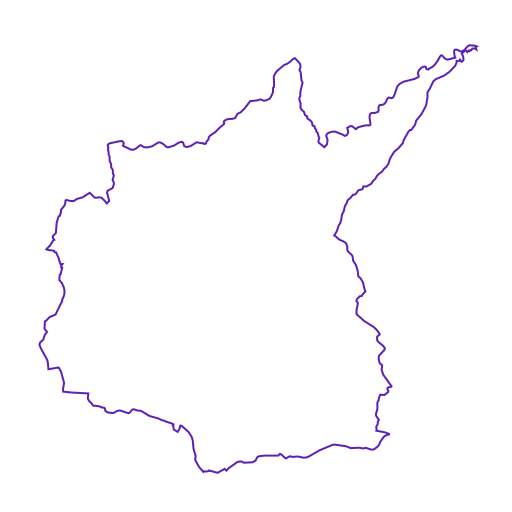 Cáqueza, Cundinamarca, Colombia (orthographic projection), rotated 272°
{"feature_id": "7082276B82562471166978", "entity_name": "Cáqueza", "entity_type": "district", "adm_level": 2, "iso_a3": "COL", "parent_name": "Colombia", "parent_adm1": "Cundinamarca", "projection": "orthographic", "projection_center": [-73.917, 4.395], "detail": "fine", "context": "isolated", "style": "outline", "palette": "violet", "viewbox_px": 512, "rotation_deg": 272, "n_neighbors": 0, "source": "geoboundaries", "source_scale": "gbopen_adm2", "svg_char_len": 6004}
<svg xmlns="http://www.w3.org/2000/svg" viewBox="0 0 512 512"><g transform="rotate(272 256 256)"><path d="M455.1,287.9L453.9,285.8L451.6,283.7L448.9,280.0L448.0,277.6L442.2,271.1L439.8,269.2L436.1,267.5L427.8,268.1L425.4,268.0L424.6,267.2L420.0,267.2L415.3,265.2L413.6,264.0L412.0,260.9L411.4,258.4L412.7,255.4L411.4,251.0L410.6,244.8L403.0,239.4L400.9,237.5L399.1,235.7L397.4,232.5L393.1,230.3L392.2,227.6L392.0,223.9L391.1,221.3L389.8,219.5L388.7,219.1L387.4,219.6L386.5,219.2L383.5,215.7L378.4,211.0L375.0,206.3L373.2,204.7L370.8,204.4L369.0,202.8L366.6,202.0L366.1,200.2L367.1,198.8L366.8,197.5L367.6,192.8L363.6,186.8L362.4,182.7L363.4,180.4L366.8,179.2L367.6,177.8L366.5,174.6L363.4,170.1L361.5,164.4L362.1,162.4L364.4,159.8L365.7,157.5L366.1,156.3L366.1,154.5L362.2,148.6L360.9,144.9L360.7,141.1L361.1,139.7L362.6,137.4L362.6,136.2L359.3,132.5L357.8,129.5L358.1,127.0L361.5,119.2L363.7,119.9L364.8,119.7L366.2,118.1L366.0,115.8L363.6,106.3L362.8,104.7L361.4,103.9L358.9,104.7L357.1,104.3L355.0,105.0L352.7,105.1L350.2,106.2L346.1,106.4L342.8,108.0L339.4,108.2L337.3,109.8L333.2,110.2L331.4,111.2L327.3,110.0L324.2,111.4L322.7,111.4L319.0,110.4L316.0,105.4L314.3,104.9L305.7,107.4L303.3,104.9L305.9,102.9L308.8,99.6L309.2,97.3L308.6,94.1L308.8,92.5L313.4,87.7L308.5,80.5L306.8,75.1L304.5,71.8L304.6,68.1L305.4,64.6L304.7,63.6L302.7,63.6L299.9,62.9L295.4,59.6L292.4,59.6L291.4,58.9L289.5,58.8L289.0,57.7L287.9,57.0L282.0,55.6L272.1,55.2L268.5,52.1L266.6,52.6L265.2,53.8L265.0,53.1L259.6,50.0L255.4,46.3L254.8,47.7L254.2,53.9L252.8,54.7L252.6,56.1L247.5,58.6L241.1,60.8L241.2,62.9L239.0,61.5L237.5,62.0L237.5,62.7L230.8,61.3L230.3,60.5L225.1,60.2L222.3,62.9L218.2,64.9L215.6,65.7L212.2,65.9L209.4,65.4L205.1,63.7L204.4,63.9L190.5,57.7L187.7,51.8L183.6,48.1L183.3,47.3L175.8,47.2L172.9,49.8L169.8,47.7L164.9,46.3L162.1,43.3L159.7,42.7L156.6,44.0L144.8,51.0L142.1,51.7L135.6,52.5L137.7,62.6L133.6,65.2L123.3,68.4L122.1,68.6L116.0,67.7L113.7,68.1L113.1,77.1L112.8,93.2L107.5,92.9L105.1,94.4L102.7,97.1L100.8,98.3L100.4,104.3L99.2,107.5L99.0,109.7L98.3,110.3L96.1,110.8L94.5,113.0L94.0,118.7L96.4,122.9L96.9,125.4L94.4,133.9L95.1,135.3L98.3,137.8L98.5,139.5L97.5,142.7L97.2,146.6L92.4,155.1L90.3,163.7L88.3,168.7L88.3,170.0L87.6,171.1L85.4,178.6L85.0,179.2L84.1,178.8L83.9,179.4L82.9,179.2L79.6,180.0L77.5,183.9L80.6,185.5L83.9,186.4L83.5,187.9L77.7,194.8L73.2,197.9L69.6,199.2L61.1,200.3L54.1,202.7L50.2,202.3L43.1,206.5L38.4,210.9L39.1,211.4L38.8,213.4L39.5,216.7L40.0,216.7L38.0,225.2L42.2,232.1L40.5,234.0L43.1,236.2L49.7,244.9L50.2,248.6L49.0,250.8L49.7,259.6L51.4,262.7L54.8,264.1L56.1,266.4L56.8,271.7L57.3,285.1L59.1,286.8L57.8,289.3L57.0,289.8L54.7,292.9L57.0,296.6L56.5,299.8L57.1,304.6L56.1,310.6L56.4,313.3L57.6,316.0L64.1,326.4L70.1,339.5L70.2,341.9L69.0,352.6L67.3,357.3L68.0,365.6L67.4,370.0L68.1,372.5L66.5,378.0L66.8,380.6L69.4,383.8L71.3,385.4L75.1,386.9L79.8,390.1L81.0,391.7L82.4,395.2L82.8,395.2L83.1,394.6L84.3,390.9L85.6,382.3L87.0,382.6L89.4,382.1L92.6,383.6L94.6,383.5L96.5,384.5L100.4,381.7L101.9,381.3L107.7,382.7L113.1,382.4L114.5,382.7L115.8,383.5L118.8,383.9L121.7,385.0L121.6,389.3L124.7,392.8L125.7,392.9L127.7,391.9L128.6,392.0L129.2,392.5L130.0,395.6L130.5,396.0L141.8,387.3L146.8,385.5L151.3,385.9L153.2,383.3L157.7,382.1L160.7,382.4L165.4,386.6L167.6,388.0L168.4,388.0L170.9,385.9L174.0,381.7L176.2,379.9L179.7,379.9L182.0,382.4L182.8,382.1L186.6,379.0L189.3,375.9L194.7,366.5L201.4,358.5L206.1,358.4L212.2,359.5L213.3,359.1L214.2,358.0L216.3,358.3L219.4,361.1L219.6,362.9L222.1,364.4L224.4,366.6L227.2,365.4L233.2,363.9L237.5,361.2L239.0,359.1L245.3,358.0L250.3,356.3L254.8,353.2L258.7,352.6L260.1,351.9L263.9,347.7L265.6,346.9L268.3,347.0L271.9,345.6L273.8,342.6L275.2,338.8L278.5,334.9L279.2,333.5L283.6,335.9L289.7,337.7L291.9,339.1L295.5,340.0L300.2,340.4L303.4,342.0L309.2,343.2L312.2,344.9L314.9,345.6L317.3,348.3L320.6,350.8L320.9,352.6L321.4,353.4L325.3,356.1L326.4,360.0L329.3,360.9L329.2,363.6L331.9,368.3L335.4,370.7L337.5,372.7L340.2,374.0L342.0,375.6L344.7,379.0L347.7,381.0L349.6,383.1L352.8,385.1L356.6,386.1L359.9,387.5L365.0,390.5L368.7,394.6L373.9,398.8L376.8,399.5L385.8,404.1L387.1,405.3L387.3,406.7L392.0,409.9L393.4,410.6L396.8,411.3L403.3,416.2L410.9,420.1L413.3,420.9L420.2,421.8L425.6,421.7L429.6,424.0L436.9,427.2L439.1,429.7L442.8,437.6L446.7,442.8L453.0,448.4L456.3,449.7L458.0,449.7L458.1,452.6L459.3,453.1L457.3,454.6L458.2,455.8L459.0,456.5L462.6,456.1L465.5,454.6L469.1,458.3L467.1,460.0L468.6,461.2L468.3,461.9L468.8,462.0L469.2,462.9L468.8,463.6L470.7,464.9L471.0,465.7L470.8,467.9L470.1,469.0L472.5,468.3L473.2,469.3L473.9,467.0L474.0,461.8L473.0,460.2L469.1,457.1L467.6,454.3L467.6,452.8L468.5,451.5L469.3,449.2L469.1,447.7L468.2,446.9L467.4,446.8L462.2,447.6L461.2,448.2L458.9,440.5L459.9,437.9L462.6,435.3L463.1,434.5L462.9,433.8L461.6,432.8L457.6,430.9L453.1,427.8L451.3,425.9L449.0,422.1L448.4,421.8L448.7,419.9L450.7,419.2L451.2,418.3L451.0,416.8L450.0,414.8L447.4,412.4L444.2,411.3L441.7,412.4L440.5,412.1L438.5,408.3L435.4,397.5L432.9,393.4L430.4,391.3L421.7,388.7L418.9,387.2L418.4,385.5L419.0,383.8L418.8,382.7L417.6,381.7L414.1,380.2L412.4,378.9L411.2,376.3L411.4,374.8L410.8,374.1L408.8,373.2L405.8,373.5L404.3,372.9L403.1,369.7L403.0,366.5L402.3,365.5L401.3,364.9L398.8,364.6L391.7,365.8L390.8,365.5L390.5,364.7L390.4,361.3L389.5,357.6L388.0,353.1L386.2,351.5L389.1,347.4L389.2,346.0L387.3,342.7L383.4,343.8L382.3,343.7L380.2,342.7L379.1,340.7L380.5,338.0L383.1,330.7L382.8,327.4L381.7,324.4L380.9,323.1L379.4,322.1L378.2,322.1L374.3,323.5L370.0,323.0L367.1,320.5L371.6,314.6L373.1,314.4L376.5,315.1L377.5,314.4L381.2,313.4L382.3,312.0L384.3,311.7L385.6,310.5L387.9,309.8L388.3,308.0L390.7,307.5L392.1,306.8L393.1,305.9L395.4,302.4L397.2,302.3L398.6,300.1L401.7,298.9L404.2,296.1L406.0,295.2L410.0,295.3L413.5,293.9L415.2,293.8L417.7,294.8L419.7,294.5L423.4,294.9L430.9,296.5L433.3,295.3L441.4,294.2L443.3,292.9L446.4,293.9L449.1,293.5L451.1,292.1L455.1,287.9Z" fill="none" stroke="#5b21b6" stroke-width="2"/></g></svg>